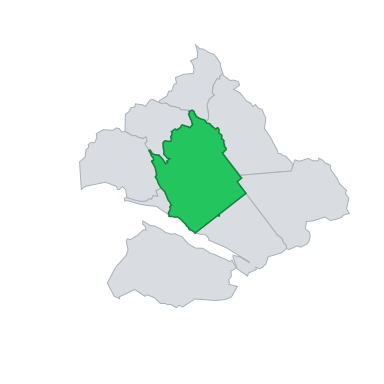 Sudan highlighted among its neighbors, rotated 142°
{"feature_id": "SDN", "entity_name": "Sudan", "entity_type": "country or territory", "adm_level": 0, "iso_a3": "SDN", "parent_name": "Africa", "parent_adm1": "", "projection": "equal_earth", "projection_center": [30.131, 15.434], "detail": "fine", "context": "with_neighbors", "style": "filled", "palette": "green", "viewbox_px": 384, "rotation_deg": 142, "n_neighbors": 8, "source": "natural_earth", "source_scale": "50m", "svg_char_len": 9355}
<svg xmlns="http://www.w3.org/2000/svg" viewBox="0 0 384 384"><g transform="rotate(142 192 192)"><path d="M143.7,175.5L143.6,204.9L138.8,204.4L134.7,214.5L135.9,216.3L134.0,218.6L134.6,221.7L132.5,227.6L134.5,227.1L135.6,230.0L135.6,234.4L137.7,236.6L137.6,238.5L134.0,239.7L131.2,242.8L127.0,251.0L121.7,254.5L114.7,254.8L115.2,257.4L109.9,263.0L102.7,265.9L100.4,264.1L99.4,266.0L94.7,266.6L95.6,264.5L93.2,256.2L90.7,254.9L87.5,250.5L88.8,246.9L96.0,247.2L93.1,240.3L93.1,230.3L91.0,225.5L91.6,222.0L88.1,221.8L88.2,217.0L85.9,214.2L88.6,204.4L95.9,197.3L96.4,187.7L99.0,172.7L100.3,169.5L98.1,167.0L98.1,164.7L96.1,162.7L95.2,151.4L100.8,147.4L143.7,175.5Z" fill="#d9dde1" stroke="#a8b0b8" stroke-width="1"/><path d="M162.7,283.2L160.9,284.0L153.0,283.0L148.2,285.7L146.0,284.1L139.7,287.9L137.2,287.2L134.7,292.3L126.4,290.1L118.1,284.7L115.1,287.2L112.9,291.0L112.4,296.3L104.9,294.6L101.5,298.7L98.5,305.7L97.7,300.1L95.1,297.6L92.6,291.0L90.0,287.0L89.9,281.5L90.4,275.6L91.8,274.3L94.7,266.6L99.4,266.0L100.4,264.1L102.7,265.9L109.9,263.0L115.2,257.4L114.7,254.8L121.7,254.5L127.0,251.0L131.2,242.8L134.0,239.7L137.6,238.5L138.2,241.7L141.4,246.4L140.8,255.0L150.1,263.5L150.1,266.0L156.2,273.2L157.6,277.8L161.8,280.8L162.7,283.2Z" fill="#d9dde1" stroke="#a8b0b8" stroke-width="1"/><path d="M213.3,213.8L212.7,210.8L215.5,194.9L217.2,192.6L221.2,191.4L224.0,187.2L229.0,202.6L239.8,213.3L247.8,224.5L250.6,226.7L249.0,228.6L246.6,227.9L238.2,216.1L233.4,213.1L229.5,213.0L228.2,211.4L224.9,213.2L221.5,209.8L219.8,215.4L213.3,213.8Z" fill="#d9dde1" stroke="#a8b0b8" stroke-width="1"/><path d="M203.9,104.7L209.8,105.8L213.2,101.1L217.3,100.1L218.1,97.8L219.8,96.6L214.4,89.6L225.7,85.0L232.1,86.9L240.1,91.8L255.6,106.0L270.3,107.2L271.8,110.6L275.6,110.4L278.0,116.6L280.7,118.2L281.8,120.7L285.6,123.7L286.6,131.5L290.0,137.6L291.7,139.1L293.2,138.6L297.2,150.4L313.7,154.1L314.7,152.5L317.5,157.7L314.8,172.4L298.6,179.7L282.9,182.6L277.9,185.9L274.2,193.7L271.6,194.9L270.2,192.5L261.7,191.4L253.8,192.2L251.5,190.3L250.1,193.9L250.8,197.1L248.4,199.4L245.4,191.0L242.5,188.4L239.4,182.2L237.7,176.2L233.8,171.1L231.3,169.9L227.5,162.9L226.9,153.4L223.6,145.4L218.1,141.0L214.9,131.5L213.3,129.9L204.9,113.9L202.3,113.9L203.9,104.7Z" fill="#d9dde1" stroke="#a8b0b8" stroke-width="1"/><path d="M215.0,157.7L150.3,157.7L151.1,105.5L149.6,99.9L151.0,95.5L150.3,92.5L152.2,89.2L159.2,89.0L171.9,94.1L178.1,89.8L182.7,89.3L186.5,90.1L187.9,93.6L189.1,91.3L197.5,93.4L200.0,91.6L203.7,103.7L199.8,115.6L198.5,116.8L194.3,111.4L190.4,101.2L189.9,101.9L199.6,127.6L208.4,143.6L207.4,144.9L207.6,149.6L215.0,157.7Z" fill="#d9dde1" stroke="#a8b0b8" stroke-width="1"/><path d="M151.1,105.5L150.1,172.3L143.8,172.4L143.7,175.5L100.8,147.4L91.2,154.1L88.4,150.1L79.9,147.0L77.7,142.4L73.6,139.0L71.0,140.4L69.4,136.3L69.3,133.2L66.5,128.0L68.8,125.0L69.3,113.3L70.6,107.5L69.3,98.0L72.0,96.4L72.3,90.5L80.6,83.6L81.2,78.3L87.2,80.6L89.4,80.0L93.7,81.2L100.4,84.3L102.6,90.5L114.5,94.8L120.0,98.3L125.3,93.2L124.2,87.9L126.0,84.5L129.9,81.2L133.5,80.3L140.5,81.7L142.2,84.8L151.0,86.9L152.2,89.2L150.3,92.5L151.0,95.5L149.6,99.9L151.1,105.5Z" fill="#d9dde1" stroke="#a8b0b8" stroke-width="1"/><path d="M277.6,262.2L262.0,285.0L254.6,285.3L249.6,290.6L246.0,290.8L244.5,293.2L240.6,293.2L238.3,290.6L233.2,293.8L231.5,297.0L223.4,295.6L216.2,289.2L212.3,289.2L210.4,286.7L210.4,282.4L207.4,281.1L204.1,272.9L201.5,271.1L200.5,268.1L197.6,264.4L194.2,263.8L196.1,259.5L199.1,259.3L201.4,242.3L204.1,240.2L207.0,231.4L210.3,227.6L213.3,213.8L219.8,215.4L221.5,209.8L224.9,213.2L228.2,211.4L229.5,213.0L233.4,213.1L238.2,216.1L242.2,221.1L246.6,227.9L242.8,234.8L243.4,239.1L247.9,238.7L249.1,240.1L248.0,242.8L254.4,253.2L272.9,262.2L277.6,262.2Z" fill="#d9dde1" stroke="#a8b0b8" stroke-width="1"/><path d="M182.3,296.3L177.3,291.2L175.9,288.0L168.7,290.4L166.2,289.5L161.8,280.8L157.6,277.8L156.2,273.2L150.1,266.0L150.1,263.5L143.2,257.5L146.9,255.3L149.9,245.0L154.0,244.0L157.8,250.5L159.3,251.1L161.3,249.8L165.4,250.1L166.2,251.6L171.8,251.6L171.9,250.1L174.8,248.6L175.4,246.4L177.5,244.9L182.3,249.3L185.1,248.5L191.0,238.9L190.5,234.4L189.2,232.2L192.5,231.8L192.9,230.1L195.5,230.6L194.8,236.2L195.5,241.6L198.4,244.6L199.0,251.0L199.8,251.1L199.9,257.0L199.1,259.3L196.1,259.5L194.2,263.8L197.6,264.4L200.5,268.1L201.5,271.1L204.1,272.9L207.4,281.1L196.7,294.2L192.7,294.1L188.2,295.9L184.6,294.2L182.3,296.3Z" fill="#d9dde1" stroke="#a8b0b8" stroke-width="1"/><path d="M200.5,251.1L200.4,251.1L199.4,251.1L199.3,250.8L199.3,250.5L199.3,249.9L199.4,249.2L199.8,248.2L199.8,247.9L199.7,247.7L199.8,247.0L199.8,246.9L199.8,246.7L199.7,246.5L199.5,245.7L199.4,245.6L196.9,242.9L196.5,242.2L196.4,242.1L195.2,241.5L195.1,241.4L195.1,241.2L195.3,240.9L195.3,240.7L194.8,235.1L194.8,234.9L194.9,234.7L195.0,234.4L195.1,233.3L195.1,232.4L195.4,231.0L195.4,230.4L192.8,230.3L192.8,230.5L192.7,230.8L192.8,231.3L192.9,231.6L192.9,231.9L189.1,231.9L190.6,234.1L190.7,234.3L190.7,235.2L190.6,236.4L190.7,237.2L190.7,237.7L191.1,238.7L191.1,238.9L191.0,239.1L188.4,242.1L188.0,243.5L187.6,244.2L187.4,244.4L186.8,245.4L184.4,248.6L184.0,248.8L182.8,248.9L182.2,248.9L182.0,249.0L181.9,249.1L181.7,249.0L180.2,247.2L177.6,245.0L177.3,245.2L175.8,246.2L175.5,246.4L175.3,246.6L175.3,247.7L175.1,248.2L174.6,248.8L173.3,249.2L172.6,249.5L171.9,250.0L171.6,250.5L171.0,251.2L171.0,251.7L171.1,252.2L166.6,252.1L166.3,251.8L165.7,250.1L165.2,250.2L161.1,250.0L160.5,250.2L159.4,250.9L158.8,251.0L158.2,250.7L156.1,247.3L155.6,246.9L155.4,246.7L155.1,246.1L154.7,245.8L154.5,245.5L154.5,245.2L154.5,244.5L154.3,244.0L154.0,243.9L151.1,244.7L150.7,244.6L150.1,244.7L149.9,244.9L149.6,245.3L149.6,245.7L149.6,246.2L149.5,246.7L149.3,247.2L148.5,248.3L148.3,248.8L148.3,250.0L148.3,250.6L148.1,250.9L147.8,251.4L147.6,251.7L147.6,252.1L147.6,252.9L147.5,253.3L147.0,254.2L146.9,254.6L146.9,255.3L146.8,255.5L145.5,256.0L145.0,256.4L144.7,256.9L144.7,257.2L144.1,257.0L143.4,256.8L142.0,256.7L141.5,256.4L141.2,256.0L141.3,255.1L141.2,254.9L141.0,254.7L140.8,254.3L140.9,253.8L141.6,252.7L141.7,252.1L141.9,250.0L142.0,249.3L141.9,248.4L141.3,246.8L140.9,245.8L140.1,244.1L139.7,243.6L138.1,241.4L137.9,241.1L137.6,240.1L137.8,239.3L138.0,238.1L138.0,237.5L137.9,236.9L137.5,236.5L137.2,236.4L137.0,236.2L136.7,235.9L136.4,235.6L136.1,235.2L135.9,234.5L136.1,232.1L136.0,231.7L135.6,231.7L135.5,231.0L135.3,229.6L135.0,228.5L135.2,227.9L134.8,227.0L134.2,226.7L133.6,226.8L132.9,226.9L132.5,226.9L132.2,226.7L132.0,226.4L131.9,226.1L132.0,225.5L132.4,224.5L132.9,223.6L133.8,222.9L134.1,222.5L134.2,222.0L134.2,221.5L134.2,220.9L134.1,220.4L133.8,219.8L133.6,219.0L133.6,218.5L133.7,218.1L134.0,217.6L134.5,217.1L134.9,216.8L135.2,216.6L135.8,216.0L136.0,215.8L136.0,215.5L135.8,215.2L135.5,214.8L135.5,214.4L135.4,213.7L135.3,213.2L135.2,212.9L135.4,212.6L135.7,212.2L136.0,212.0L136.6,211.8L136.8,211.6L136.9,211.1L136.9,210.6L137.1,210.2L137.3,209.5L137.6,209.2L137.9,208.8L138.3,208.3L138.5,207.7L138.5,207.2L138.3,205.5L138.8,204.8L139.3,204.2L140.1,204.3L141.3,204.2L142.1,203.9L142.6,203.9L144.0,204.2L144.2,203.7L144.2,202.6L144.2,199.2L144.3,195.9L144.3,192.6L144.3,189.3L144.4,186.0L144.4,182.7L144.4,179.4L144.5,176.1L144.5,175.2L144.5,174.2L144.5,173.3L144.5,172.4L145.9,172.4L147.2,172.4L148.6,172.4L150.0,172.4L150.1,168.7L150.1,165.0L150.2,161.4L150.2,157.7L152.3,157.7L154.4,157.7L156.5,157.7L158.5,157.7L160.6,157.7L162.7,157.7L164.8,157.7L166.9,157.7L169.0,157.7L171.0,157.7L173.1,157.7L175.2,157.7L177.3,157.7L179.4,157.7L181.5,157.7L183.5,157.7L184.2,157.7L184.5,157.7L185.0,156.3L185.2,156.2L185.6,156.3L185.7,156.6L185.6,157.1L185.4,157.7L186.4,157.7L188.2,157.7L190.0,157.7L191.8,157.7L193.6,157.7L195.4,157.7L197.2,157.7L198.9,157.7L200.7,157.7L202.5,157.7L204.3,157.7L206.1,157.7L207.9,157.7L209.7,157.7L211.5,157.7L213.3,157.7L215.0,157.7L215.1,159.4L215.4,160.7L216.3,162.6L217.0,163.6L217.3,164.2L217.3,164.5L217.1,164.4L216.7,164.3L216.6,165.1L216.7,165.8L216.8,167.0L217.2,168.3L217.0,169.5L217.0,171.5L217.4,173.9L217.4,175.5L218.1,179.1L218.7,181.1L219.0,181.6L219.4,181.8L220.1,182.0L221.2,183.0L222.1,184.1L222.4,184.7L222.8,185.3L223.1,185.2L223.5,185.5L224.9,186.6L225.1,187.1L224.6,187.6L224.1,188.5L223.9,188.8L223.9,189.0L223.7,189.5L223.4,189.8L223.2,190.0L223.0,190.4L222.8,190.4L222.6,190.5L222.3,190.7L221.9,190.6L221.5,190.7L221.3,190.9L221.0,191.1L220.7,191.1L220.3,191.5L219.9,191.8L219.4,192.1L219.1,192.4L218.8,193.8L218.6,194.1L218.2,194.2L217.7,194.2L217.2,194.3L216.6,194.1L216.3,194.1L216.3,194.4L216.2,195.6L216.2,196.1L216.0,196.6L215.7,197.4L215.8,198.6L215.9,199.8L215.4,201.6L215.4,202.1L214.9,203.5L214.6,204.1L214.0,206.8L213.8,207.6L213.3,208.5L213.4,209.9L213.6,211.5L213.7,212.9L213.9,215.1L213.5,217.1L213.5,218.2L213.2,219.8L212.9,220.5L212.7,221.0L212.5,221.4L212.2,222.4L211.9,223.8L211.8,225.1L211.8,225.9L211.8,226.3L211.7,226.5L211.0,226.7L210.1,226.8L209.6,227.0L209.2,227.3L208.8,228.0L208.0,229.7L207.6,230.8L206.9,232.3L206.2,233.4L206.0,233.9L205.9,234.8L205.6,236.4L205.3,237.4L205.4,238.3L205.1,239.8L205.2,240.5L204.9,241.0L204.5,241.3L204.3,241.4L203.8,241.0L203.3,240.5L203.2,240.4L202.8,240.7L202.4,241.1L201.9,242.1L201.5,243.1L201.8,245.2L201.7,245.6L201.6,246.1L201.0,247.7L200.9,248.2L200.7,249.1L200.5,250.7L200.5,251.1Z" fill="#22c55e" stroke="#15803d" stroke-width="1.5"/></g></svg>